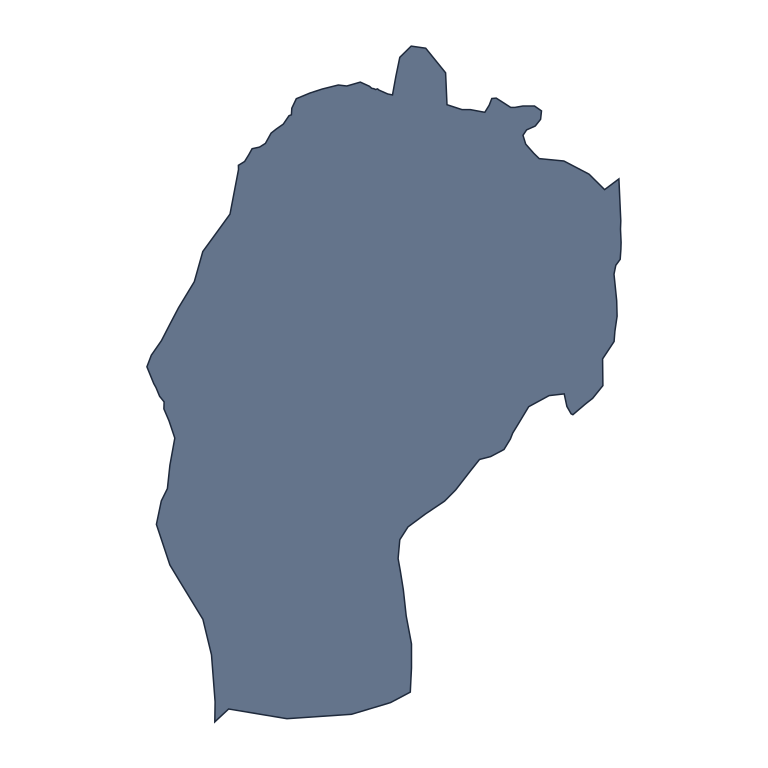 Ibaji, Kogi, Nigeria
{"feature_id": "59680162B39308677673484", "entity_name": "Ibaji", "entity_type": "district", "adm_level": 2, "iso_a3": "NGA", "parent_name": "Nigeria", "parent_adm1": "Kogi", "projection": "orthographic", "projection_center": [6.796, 6.809], "detail": "fine", "context": "isolated", "style": "filled", "palette": "slate", "viewbox_px": 768, "rotation_deg": 0, "n_neighbors": 0, "source": "geoboundaries", "source_scale": "gbopen_adm2", "svg_char_len": 1790}
<svg xmlns="http://www.w3.org/2000/svg" viewBox="0 0 768 768"><path d="M238.4,165.3L238.5,169.6L230.0,214.1L215.2,234.5L202.8,251.5L194.3,281.7L178.6,307.6L169.9,324.2L161.4,340.7L151.6,354.8L151.4,355.0L146.9,366.8L150.9,376.6L153.8,383.7L156.0,387.6L159.6,396.3L164.1,401.9L164.0,405.1L163.9,408.9L169.0,420.8L171.9,429.4L174.8,438.1L169.9,465.2L167.4,488.6L161.3,500.9L156.4,524.4L169.9,565.0L179.1,580.3L200.7,615.7L202.9,619.3L211.5,654.9L215.1,701.9L214.8,721.9L228.6,709.0L286.9,718.7L351.5,714.3L390.5,702.6L410.3,692.1L410.9,679.7L411.5,668.0L411.5,644.0L406.2,615.9L403.6,592.1L403.3,589.5L400.4,571.4L398.1,558.5L399.8,539.7L408.0,526.9L425.4,514.0L444.6,501.1L455.7,489.9L470.2,471.2L479.5,459.5L480.9,459.1L490.6,456.6L504.0,449.5L510.4,439.0L512.7,433.1L517.6,425.1L528.7,406.7L549.1,395.6L564.2,393.9L566.9,406.5L571.1,413.8L572.9,414.7L579.9,408.7L580.3,408.4L583.0,406.1L584.6,404.7L586.7,403.0L592.7,398.3L602.9,385.6L602.6,358.9L614.1,341.5L614.9,331.3L617.1,316.2L616.7,300.7L614.0,274.2L615.8,265.3L620.2,259.3L620.9,249.3L621.1,242.4L620.5,229.1L620.8,220.9L618.9,178.9L604.6,189.6L589.1,174.2L563.9,161.0L539.2,158.6L533.7,153.2L525.7,144.1L523.0,135.3L526.6,129.9L535.3,126.0L540.6,119.3L541.5,110.9L534.5,106.0L523.0,106.0L516.6,107.1L515.1,107.4L510.7,107.4L496.2,98.1L491.8,98.5L489.2,105.2L484.8,112.3L470.3,109.6L462.0,109.6L447.0,104.7L445.6,72.8L425.7,48.2L411.2,46.1L399.8,57.3L395.9,76.2L392.5,94.9L387.8,94.0L379.0,90.1L377.6,88.9L375.5,89.5L373.9,88.7L371.7,88.3L369.5,86.3L360.3,82.1L354.1,83.9L346.8,86.0L338.3,85.0L322.3,89.0L310.0,93.0L296.3,98.7L291.8,108.2L291.4,114.8L289.0,115.7L283.3,124.1L276.3,129.0L271.1,133.1L265.4,143.4L259.5,147.1L252.1,148.7L248.8,154.7L244.6,161.5L238.4,165.3Z" fill="#64748b" stroke="#1e293b" stroke-width="1.5"/></svg>